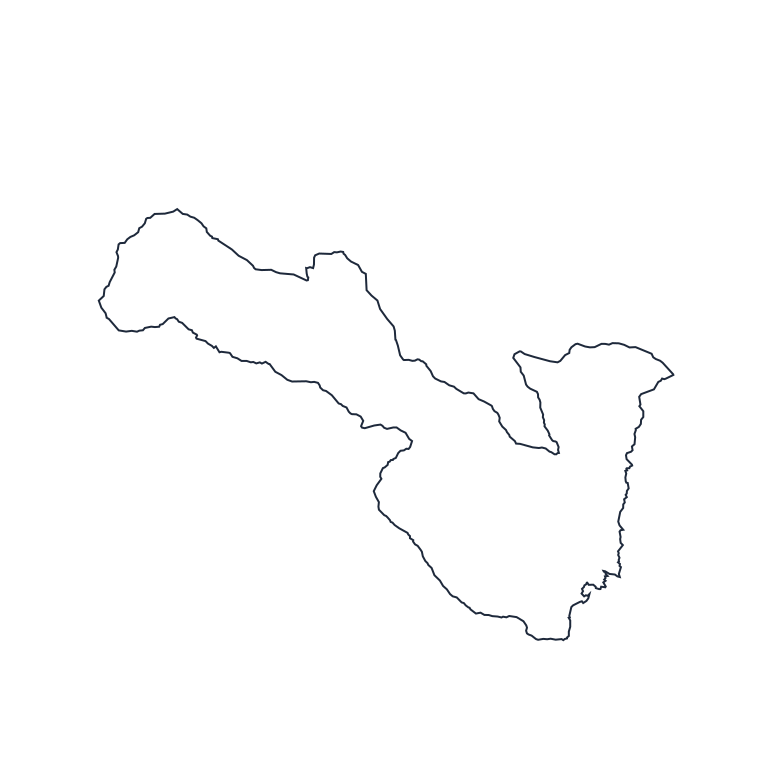 the district of Zaruma, El Oro, Ecuador, rotated 299°
{"feature_id": "8360857B11168395923367", "entity_name": "Zaruma", "entity_type": "district", "adm_level": 2, "iso_a3": "ECU", "parent_name": "Ecuador", "parent_adm1": "El Oro", "projection": "equal_earth", "projection_center": [-79.513, -3.511], "detail": "fine", "context": "isolated", "style": "outline", "palette": "slate", "viewbox_px": 768, "rotation_deg": 299, "n_neighbors": 0, "source": "geoboundaries", "source_scale": "gbopen_adm2", "svg_char_len": 6139}
<svg xmlns="http://www.w3.org/2000/svg" viewBox="0 0 768 768"><g transform="rotate(299 384 384)"><path d="M227.8,575.7L230.8,579.3L230.7,583.8L232.7,587.5L233.5,591.3L235.7,596.1L236.8,600.0L238.2,600.9L239.3,604.2L241.8,606.0L244.4,613.0L244.1,621.0L241.8,625.5L240.2,627.2L237.1,627.9L235.2,629.9L235.0,631.8L235.5,635.1L234.6,640.6L235.0,642.8L238.3,646.9L239.9,650.5L242.0,653.2L243.6,658.1L247.0,663.0L246.9,665.0L248.6,665.7L250.2,667.4L251.0,667.0L253.3,667.8L257.0,665.7L261.9,664.6L267.5,661.5L269.1,658.9L269.9,659.7L271.0,658.5L279.7,656.0L282.1,656.7L288.3,660.9L289.9,662.4L289.0,664.4L292.4,666.2L295.6,666.6L299.9,665.5L297.5,664.8L297.1,663.0L295.3,662.0L296.5,658.4L299.3,658.5L300.8,656.5L303.4,657.3L305.0,656.9L306.8,657.9L308.5,657.7L308.8,658.1L307.6,660.4L309.9,664.3L309.3,667.4L308.2,668.2L308.9,671.6L309.6,672.7L312.0,672.2L313.5,676.1L314.4,676.1L316.8,672.0L319.3,673.2L319.7,671.4L321.7,671.8L322.9,670.5L324.5,672.6L325.4,669.8L326.7,669.3L326.5,667.2L326.9,666.6L327.4,668.2L327.2,673.3L329.3,678.3L328.9,681.4L329.5,683.8L331.7,681.5L338.7,680.0L339.1,678.2L341.0,677.6L341.5,675.1L342.9,675.5L343.8,674.6L346.2,674.2L348.0,671.7L349.9,671.3L351.1,669.8L358.9,671.0L359.8,668.0L362.9,665.7L364.9,665.1L369.1,661.6L370.8,661.8L372.5,663.9L374.5,658.6L377.2,655.6L386.7,652.6L391.5,653.3L394.7,651.6L397.1,652.0L399.6,649.9L402.8,651.2L404.2,649.1L405.9,649.4L408.2,648.3L411.3,648.6L415.6,645.1L415.2,643.8L416.1,642.6L419.3,640.4L423.1,639.3L425.0,637.2L426.3,638.5L427.2,637.1L427.9,637.1L429.3,639.4L431.0,639.2L433.0,640.6L433.7,639.9L435.9,632.6L439.0,630.2L441.3,630.0L444.5,632.9L446.6,633.5L449.6,631.1L452.8,632.3L459.2,629.5L461.7,627.3L465.8,626.6L466.8,625.8L470.0,627.7L473.6,628.0L477.4,626.2L480.8,626.8L485.9,624.0L488.4,618.1L490.3,618.3L496.5,613.4L499.8,613.8L510.2,622.7L518.8,622.9L521.0,624.5L523.6,624.6L524.1,626.8L525.2,627.8L532.2,632.7L532.7,632.2L537.7,617.4L538.2,614.2L537.6,609.6L537.9,606.5L540.2,603.4L538.2,586.1L535.0,581.0L534.7,575.1L533.4,569.6L530.5,564.0L527.5,561.7L526.4,558.2L524.5,554.7L518.4,550.4L515.9,546.4L514.3,541.7L513.1,533.8L511.7,532.2L507.0,530.1L503.9,529.8L500.9,531.0L497.1,528.4L489.7,527.0L487.1,525.3L484.4,518.2L480.5,502.4L478.4,492.5L478.8,487.9L478.3,486.8L473.3,483.7L469.5,484.4L464.7,495.3L461.0,497.7L459.1,502.1L452.4,508.5L451.3,510.9L450.8,514.1L451.3,521.5L449.8,523.6L447.0,525.3L445.7,527.7L443.7,529.7L439.1,532.1L434.4,538.0L432.0,539.0L430.0,541.6L427.7,542.6L426.6,544.2L424.8,544.9L422.6,549.8L420.2,553.1L419.1,553.3L416.4,558.2L416.1,559.7L416.9,561.9L416.8,563.2L413.5,567.3L410.7,568.2L408.5,570.4L407.7,569.3L406.0,568.7L405.2,567.2L405.5,563.4L405.1,561.5L406.0,556.7L405.0,552.9L403.1,550.5L400.7,544.8L397.6,532.0L395.9,528.4L397.5,526.2L398.9,519.5L400.2,518.2L401.5,514.9L402.9,513.0L404.1,508.1L407.1,502.9L410.5,501.6L412.7,498.9L413.7,497.1L413.8,493.8L415.0,491.3L417.0,489.1L417.2,488.0L417.2,480.0L416.6,474.1L419.2,466.8L417.4,461.9L415.4,460.1L414.5,458.3L414.8,449.6L415.6,446.5L414.5,441.7L415.1,435.9L413.9,432.6L413.6,426.1L414.5,423.1L417.9,418.6L420.5,412.2L421.7,411.4L422.6,406.8L422.0,405.5L422.4,402.9L421.8,401.3L419.4,399.7L418.0,397.6L417.1,393.9L414.6,389.8L414.7,388.8L416.9,384.2L424.3,377.5L428.3,373.1L428.3,372.5L435.9,367.6L439.0,364.5L442.4,355.3L447.7,344.2L453.8,337.8L455.3,330.2L457.6,323.3L471.5,314.7L471.4,310.3L475.5,303.7L475.1,295.8L476.1,290.9L478.0,287.5L478.4,285.4L479.7,284.3L478.8,281.8L476.3,279.0L475.2,276.5L472.2,274.9L466.7,264.1L463.2,261.4L460.6,261.6L454.6,264.8L451.0,265.8L450.3,262.6L447.9,260.5L447.7,259.7L443.2,262.8L440.7,265.0L440.5,266.1L437.9,267.1L437.0,266.1L436.0,251.9L430.4,239.4L429.5,235.4L429.2,230.0L424.3,221.7L422.1,216.1L422.5,214.1L423.9,212.1L425.9,204.0L425.7,194.7L427.9,185.8L429.1,169.6L430.1,168.5L428.4,163.1L429.5,162.1L429.4,160.1L431.1,155.3L434.0,153.1L434.4,149.8L436.1,146.4L437.0,141.4L437.4,137.4L436.5,133.5L436.8,129.8L435.2,125.5L436.7,118.3L432.6,116.1L426.8,109.8L421.5,100.9L416.0,99.0L414.5,96.6L413.2,95.9L408.6,96.9L404.3,96.1L401.6,94.4L397.6,95.4L392.9,93.4L389.7,90.9L386.1,89.3L381.7,88.8L379.3,84.9L377.4,84.2L372.6,86.0L369.6,86.1L366.9,89.4L365.5,90.3L356.9,92.9L353.2,92.8L351.0,94.4L340.2,94.7L336.4,95.5L334.4,94.1L331.3,93.6L325.1,96.2L318.7,94.1L313.7,99.8L310.9,106.2L307.5,109.4L306.6,109.4L307.5,109.5L307.5,111.9L302.3,126.0L304.8,133.0L308.2,137.6L310.0,142.6L312.1,144.2L314.1,147.1L317.1,147.7L321.3,152.6L322.7,156.0L325.1,159.6L327.2,159.4L329.1,161.4L336.8,163.7L340.9,168.3L340.3,169.9L340.4,171.6L339.0,174.3L339.6,177.8L337.1,186.6L337.9,189.9L336.3,191.9L336.4,196.3L335.9,197.0L333.4,197.1L332.8,198.1L335.0,207.1L334.0,210.5L333.9,215.0L333.1,217.7L335.4,218.7L332.0,224.7L333.3,226.1L336.2,233.3L336.3,234.4L334.3,238.3L335.4,243.3L335.1,248.2L337.6,252.7L338.4,257.0L339.9,259.0L340.1,262.3L342.7,264.9L342.7,267.3L346.0,269.7L345.6,273.4L346.0,274.3L342.0,283.0L342.1,290.0L340.8,297.4L341.6,302.4L348.7,314.7L350.1,319.2L352.0,321.9L353.0,325.7L351.6,328.4L350.0,329.9L349.0,333.7L349.8,336.7L348.9,343.8L345.0,353.8L345.5,356.2L344.8,358.5L345.3,362.6L342.7,366.6L342.0,369.0L342.1,370.6L344.1,374.6L344.2,379.4L341.7,383.7L336.0,384.4L335.2,385.9L336.0,388.6L343.0,395.6L346.8,400.6L346.7,402.9L345.8,405.3L346.2,408.4L350.4,413.1L352.1,416.1L351.5,421.1L351.8,426.5L348.2,432.6L347.7,436.2L341.6,437.4L339.1,437.0L338.2,434.9L335.6,433.6L333.6,430.8L330.5,429.9L325.1,430.2L322.8,428.5L321.9,428.6L320.7,426.8L318.8,426.6L317.7,425.5L315.0,426.4L311.3,425.0L309.9,423.8L304.0,424.1L301.0,425.7L299.8,427.7L291.9,426.7L285.3,427.0L281.4,431.6L278.2,436.8L274.0,438.6L271.6,440.5L269.4,447.8L269.6,449.8L269.1,451.6L267.8,455.2L266.6,456.7L266.9,458.6L265.8,461.7L265.2,467.2L265.2,476.8L264.1,478.2L263.6,480.4L261.7,481.5L261.6,485.3L260.3,485.8L258.8,488.9L258.8,491.9L256.5,496.9L255.6,498.5L252.1,501.5L249.2,506.0L248.4,508.9L247.2,510.5L246.2,514.8L241.2,520.8L239.2,528.2L236.0,533.6L234.9,538.5L232.3,543.6L231.6,547.0L232.6,551.1L230.6,557.8L231.1,560.0L230.0,562.8L229.5,566.2L229.8,567.3L228.8,568.9L227.8,575.7Z" fill="none" stroke="#1e293b" stroke-width="2"/></g></svg>